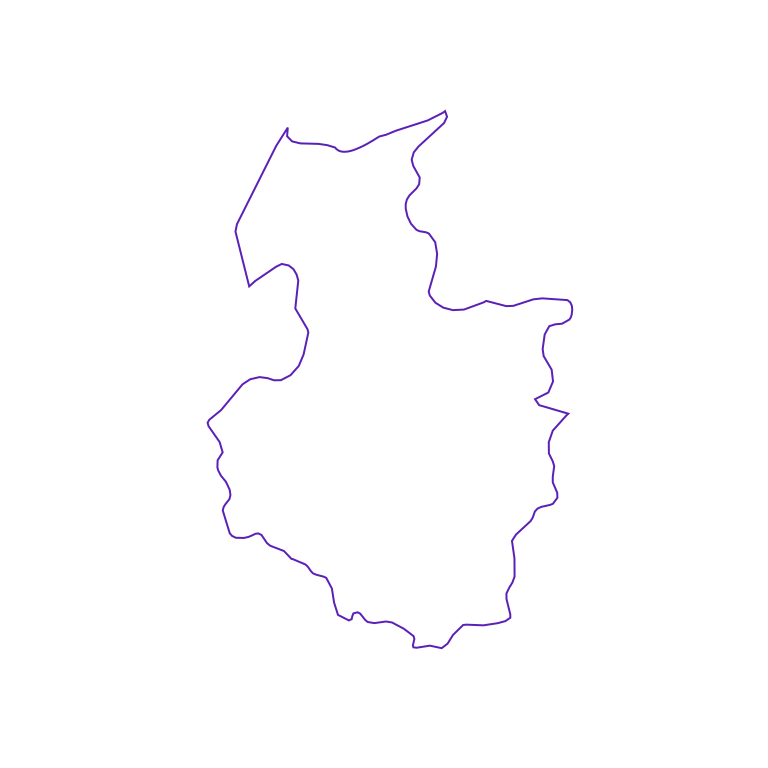 Savoie, Albers equal-area conic projection, rotated 53°
{"feature_id": "FRA-5341", "entity_name": "Savoie", "entity_type": "Metropolitan department", "adm_level": 1, "iso_a3": "FRA", "parent_name": "France", "parent_adm1": "", "projection": "albers", "projection_center": [6.338, 45.496], "detail": "fine", "context": "isolated", "style": "outline", "palette": "violet", "viewbox_px": 768, "rotation_deg": 53, "n_neighbors": 0, "source": "natural_earth", "source_scale": "10m", "svg_char_len": 2913}
<svg xmlns="http://www.w3.org/2000/svg" viewBox="0 0 768 768"><g transform="rotate(53 384 384)"><path d="M617.6,397.5L619.8,400.9L622.2,406.9L625.0,412.3L629.5,415.6L644.0,421.8L646.7,423.8L646.4,429.8L643.4,437.2L636.6,449.8L625.8,463.0L624.1,465.8L625.9,479.8L629.6,489.4L629.7,496.9L620.6,504.8L614.3,516.6L612.0,519.0L610.2,518.3L605.9,513.2L603.2,512.1L591.3,515.5L579.3,521.1L574.9,525.3L569.1,535.7L564.2,540.3L561.1,541.0L553.2,541.2L550.5,542.4L548.8,546.5L550.4,549.1L552.3,551.3L551.7,554.3L540.7,559.7L528.5,555.4L516.0,548.7L504.1,546.8L501.6,548.1L495.5,552.9L492.6,554.6L489.9,555.0L483.8,554.8L480.8,555.4L469.0,562.2L467.9,563.2L467.5,563.2L457.2,564.4L444.7,572.2L440.7,573.2L430.8,572.7L427.7,574.3L426.2,576.9L425.6,580.2L424.6,584.2L422.6,588.6L417.6,594.9L413.8,596.8L410.3,597.0L388.0,588.9L385.8,586.2L384.6,583.2L382.9,576.7L380.3,573.5L375.6,570.9L367.1,569.1L359.0,569.4L353.6,568.5L350.4,567.3L344.8,562.8L341.5,554.0L331.4,550.2L312.1,549.5L308.8,548.2L307.4,545.0L306.8,529.9L299.1,497.1L299.7,488.0L303.6,479.2L309.3,473.4L314.8,469.6L318.9,464.1L320.7,453.4L318.3,441.2L312.0,430.4L297.4,413.5L294.1,412.1L270.3,409.4L249.8,390.2L243.9,387.9L237.8,387.2L231.9,388.8L226.6,393.4L225.4,399.7L224.2,424.6L224.9,432.9L172.9,410.9L167.9,405.3L129.0,326.9L121.3,306.5L127.8,312.3L134.9,311.4L141.5,306.0L152.9,291.7L159.3,285.4L165.8,280.7L166.8,280.7L167.7,280.6L168.5,280.4L169.4,280.1L170.2,279.8L170.9,279.4L171.6,278.9L172.4,278.4L173.0,277.8L173.7,277.1L174.3,276.4L174.9,275.6L175.4,274.8L176.0,274.0L176.5,273.1L177.0,272.1L177.4,271.1L177.9,270.1L178.3,269.0L178.7,268.0L179.0,266.8L179.4,265.7L179.7,264.5L180.0,263.3L180.3,262.1L180.6,260.9L180.9,259.6L181.1,258.4L181.4,257.1L181.6,255.8L181.8,254.6L182.0,253.3L182.2,252.0L182.3,250.8L182.5,249.5L182.6,248.2L182.8,247.0L182.9,245.8L183.0,244.6L183.1,243.4L183.2,242.2L183.3,241.1L183.4,240.0L183.5,238.9L186.2,232.3L188.8,222.3L199.8,190.5L202.8,173.9L202.8,171.0L208.5,172.8L211.7,178.9L215.1,213.5L216.9,220.8L221.5,226.9L227.5,229.4L240.6,231.2L245.6,235.7L247.3,240.2L248.7,250.2L250.5,254.8L253.3,258.3L256.8,261.0L264.2,264.4L272.3,266.0L280.4,265.3L283.2,263.8L288.2,259.1L290.9,257.6L301.6,257.8L312.0,263.2L321.4,271.8L337.1,292.7L341.0,294.2L350.1,294.0L358.7,290.7L366.5,284.5L372.7,275.3L378.8,255.2L379.1,252.4L395.4,239.5L399.4,233.7L406.3,213.7L410.9,206.0L427.4,187.0L430.9,186.1L434.6,186.9L438.0,189.0L441.6,192.4L443.2,194.7L444.1,197.1L443.0,205.5L439.4,211.3L437.3,217.2L441.1,225.8L451.5,236.2L457.8,239.7L473.5,241.5L483.7,247.5L489.7,257.9L487.0,272.5L494.3,272.8L518.6,254.7L518.9,257.3L522.8,277.2L529.6,287.4L538.7,294.1L547.5,295.8L552.0,297.5L559.6,305.0L564.1,308.4L575.1,311.1L579.2,314.0L581.3,321.1L580.6,323.9L576.8,332.3L575.9,336.3L576.6,340.2L580.3,345.8L581.7,349.4L583.7,369.3L586.3,376.2L601.7,384.7L616.5,395.7L617.6,397.5Z" fill="none" stroke="#5b21b6" stroke-width="2"/></g></svg>